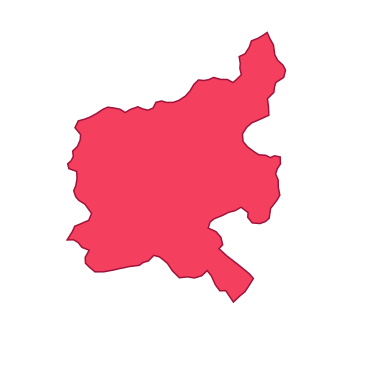 the district of Jaguariúna, São Paulo, Brazil, rotated 157°
{"feature_id": "56859067B42434816629938", "entity_name": "Jaguariúna", "entity_type": "district", "adm_level": 2, "iso_a3": "BRA", "parent_name": "Brazil", "parent_adm1": "São Paulo", "projection": "albers", "projection_center": [-47.018, -22.68], "detail": "fine", "context": "isolated", "style": "filled", "palette": "rose", "viewbox_px": 384, "rotation_deg": 157, "n_neighbors": 0, "source": "geoboundaries", "source_scale": "gbopen_adm2", "svg_char_len": 1985}
<svg xmlns="http://www.w3.org/2000/svg" viewBox="0 0 384 384"><g transform="rotate(157 192 192)"><path d="M285.8,276.3L287.4,271.1L291.1,267.9L295.4,266.6L296.2,261.6L290.1,256.0L292.6,249.2L296.4,243.3L300.4,239.4L300.9,233.1L299.4,228.4L295.3,222.6L292.8,211.5L298.2,206.2L302.8,206.3L307.6,206.2L313.3,206.3L317.6,202.3L325.7,196.7L319.6,194.2L316.4,189.7L315.0,184.1L309.4,178.6L315.9,173.5L317.9,168.0L315.8,162.8L312.5,156.4L304.3,153.0L294.5,150.8L289.1,149.9L283.8,148.8L279.3,148.0L269.2,145.1L264.4,146.2L259.1,145.6L252.0,148.6L247.4,145.1L244.7,140.3L242.5,135.9L240.8,126.9L237.1,118.0L229.2,115.6L223.3,111.9L215.8,111.1L208.7,113.7L207.0,107.2L206.7,97.3L205.0,90.2L199.5,88.0L196.9,74.5L188.7,77.6L182.3,79.5L177.1,82.9L169.3,88.4L171.1,94.0L173.7,99.2L178.4,108.0L184.8,119.3L189.3,129.3L184.4,131.4L183.1,139.0L185.4,146.1L191.2,152.5L187.1,157.3L182.0,158.7L173.0,158.5L166.4,159.0L159.8,158.0L152.8,158.8L148.4,151.1L150.6,146.9L148.6,140.0L141.8,136.4L136.0,136.1L131.2,137.7L128.7,141.9L126.0,146.2L116.5,151.6L112.4,154.8L110.7,162.7L108.0,169.3L108.0,176.0L104.4,180.1L99.6,183.3L97.1,189.8L101.9,193.1L106.4,193.0L109.8,197.0L115.9,200.1L119.2,204.9L123.2,211.8L125.3,218.4L122.9,225.7L116.4,230.2L110.0,232.3L103.5,232.3L91.3,232.6L88.4,240.2L86.1,248.4L77.7,251.8L75.1,256.3L72.1,260.0L62.9,261.6L58.3,267.6L58.7,273.2L61.7,279.8L62.2,285.9L59.6,295.6L60.4,302.9L60.5,309.5L65.8,308.4L71.4,307.7L78.2,307.9L83.0,302.7L89.2,298.5L95.7,298.2L97.3,291.6L99.6,287.1L100.8,280.6L107.2,278.1L111.5,276.8L115.6,281.8L121.7,284.5L127.3,289.0L132.8,288.9L137.5,290.0L142.3,292.6L148.2,290.3L154.5,285.7L160.8,282.8L168.1,281.5L174.1,281.8L180.3,284.3L184.5,287.7L190.0,288.7L195.1,284.5L200.5,284.5L205.1,287.9L208.5,291.6L216.5,292.1L222.5,291.3L225.9,296.3L231.3,300.0L236.4,303.0L241.9,302.9L249.3,301.5L256.6,300.8L262.4,301.0L268.9,301.9L274.6,296.9L272.1,288.4L274.5,283.7L279.6,278.7L285.8,276.3Z" fill="#f43f5e" stroke="#9f1239" stroke-width="1.5"/></g></svg>